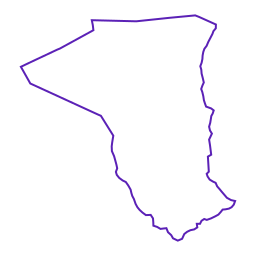 the district of Serrolândia, Bahia, Brazil
{"feature_id": "56859067B30551948339196", "entity_name": "Serrolândia", "entity_type": "district", "adm_level": 2, "iso_a3": "BRA", "parent_name": "Brazil", "parent_adm1": "Bahia", "projection": "albers", "projection_center": [-40.233, -11.447], "detail": "fine", "context": "isolated", "style": "outline", "palette": "violet", "viewbox_px": 256, "rotation_deg": 0, "n_neighbors": 0, "source": "geoboundaries", "source_scale": "gbopen_adm2", "svg_char_len": 1558}
<svg xmlns="http://www.w3.org/2000/svg" viewBox="0 0 256 256"><path d="M20.9,66.8L30.3,83.5L92.0,111.8L97.9,114.5L100.9,115.8L113.3,135.7L112.7,139.3L112.2,142.4L111.7,146.3L111.9,151.1L114.1,156.2L115.4,160.9L116.4,164.6L117.2,168.3L115.9,171.9L116.8,174.9L119.2,177.9L122.7,180.5L125.8,182.0L128.2,185.4L130.6,189.6L131.4,193.1L132.3,196.0L133.9,199.0L135.6,203.9L137.4,207.2L139.6,209.9L142.4,212.5L145.9,215.1L150.7,214.9L153.0,218.4L153.3,222.5L153.4,225.7L157.1,226.9L160.5,228.9L163.5,228.5L166.4,228.2L168.0,232.2L171.2,235.1L173.0,238.3L177.8,240.6L182.1,238.8L184.3,234.0L187.1,231.8L190.4,230.2L194.2,229.4L197.3,227.4L196.8,223.8L200.0,223.8L201.5,220.8L204.2,219.0L206.8,219.9L211.0,218.4L215.3,216.3L218.4,214.6L220.9,211.8L222.6,209.6L225.6,209.3L229.0,208.6L231.6,207.2L233.8,204.6L235.1,201.0L231.1,200.1L226.9,197.8L224.7,195.2L221.7,191.7L219.4,188.9L217.2,186.4L215.6,182.8L213.0,181.6L209.7,179.6L207.6,176.5L206.7,173.8L208.8,171.7L208.5,166.6L207.9,156.6L211.2,154.7L210.0,145.2L209.1,139.6L211.9,133.6L210.0,130.5L209.1,126.7L210.2,122.9L210.9,118.7L211.3,116.0L212.7,113.5L213.7,110.4L211.1,108.4L206.1,106.6L204.9,103.3L203.9,100.2L203.3,96.2L202.3,92.0L201.2,89.0L202.4,85.6L203.8,82.5L202.8,78.2L201.6,73.6L201.3,69.7L200.3,66.2L201.6,62.8L202.4,59.0L202.6,55.6L203.3,51.9L204.4,48.8L206.6,45.9L208.3,41.9L210.7,37.3L212.5,33.8L213.4,31.2L215.8,28.3L215.9,24.5L199.0,16.9L195.2,15.4L169.6,17.8L136.3,21.3L91.8,20.2L92.8,25.1L93.4,30.2L59.8,48.6L57.3,49.6L28.6,63.1L20.9,66.8Z" fill="none" stroke="#5b21b6" stroke-width="2"/></svg>